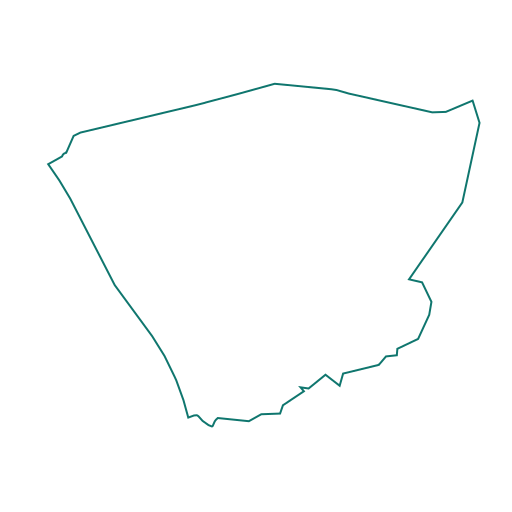 Onslow, United States of America (Equal Earth projection), rotated 94°
{"feature_id": "52423323B38780973615632", "entity_name": "Onslow", "entity_type": "district", "adm_level": 2, "iso_a3": "USA", "parent_name": "United States of America", "parent_adm1": "", "projection": "equal_earth", "projection_center": [-77.351, 34.712], "detail": "fine", "context": "isolated", "style": "outline", "palette": "teal", "viewbox_px": 512, "rotation_deg": 94, "n_neighbors": 0, "source": "geoboundaries", "source_scale": "gbopen_adm2", "svg_char_len": 1040}
<svg xmlns="http://www.w3.org/2000/svg" viewBox="0 0 512 512"><g transform="rotate(94 256 256)"><path d="M86.3,50.6L85.9,50.8L99.0,76.7L100.4,90.2L87.5,174.7L84.8,187.3L84.4,192.5L83.0,245.2L82.9,249.4L94.8,283.0L95.3,284.4L106.4,316.9L106.8,317.8L109.9,327.2L145.1,439.7L148.9,446.3L166.2,452.5L166.1,453.0L166.8,453.7L167.3,454.7L167.5,455.0L169.0,456.0L170.2,456.4L178.9,469.7L194.4,457.4L211.6,445.4L294.9,394.9L343.2,354.0L362.1,340.3L381.7,329.0L385.5,326.9L404.9,318.3L421.9,312.3L419.4,306.7L419.0,304.1L419.2,303.3L419.9,302.2L424.2,297.8L428.0,291.6L428.3,290.7L429.1,288.2L429.0,287.8L428.5,287.3L423.8,285.6L422.1,284.5L420.3,282.8L421.3,251.6L413.5,239.7L411.5,221.0L403.0,218.7L387.6,198.8L383.9,202.4L384.5,194.3L369.6,178.4L379.6,163.5L367.2,160.9L356.2,126.4L356.0,126.2L355.8,126.1L355.7,125.9L355.8,125.7L347.1,119.3L345.2,108.6L338.7,108.5L327.4,88.5L302.6,79.1L289.5,77.8L270.7,88.5L268.6,101.7L248.2,89.6L245.9,88.2L232.6,80.3L188.2,53.9L107.6,42.3L86.3,50.6Z" fill="none" stroke="#0f766e" stroke-width="2"/></g></svg>